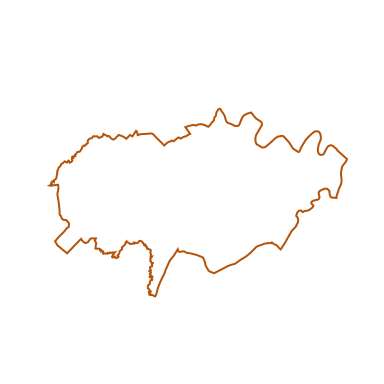 Ba Ria, Bà Rịa - Vũng Tàu, Vietnam, rotated 211°
{"feature_id": "81297802B66449035371360", "entity_name": "Ba Ria", "entity_type": "district", "adm_level": 2, "iso_a3": "VNM", "parent_name": "Vietnam", "parent_adm1": "Bà Rịa - Vũng Tàu", "projection": "robinson", "projection_center": [107.192, 10.508], "detail": "fine", "context": "isolated", "style": "outline", "palette": "amber", "viewbox_px": 384, "rotation_deg": 211, "n_neighbors": 0, "source": "geoboundaries", "source_scale": "gbopen_adm2", "svg_char_len": 5997}
<svg xmlns="http://www.w3.org/2000/svg" viewBox="0 0 384 384"><g transform="rotate(211 192 192)"><path d="M317.4,124.2L316.5,124.5L310.5,129.3L308.2,126.1L306.5,121.3L305.9,120.3L300.0,113.3L295.7,107.5L294.0,104.7L293.3,104.2L292.2,104.0L290.0,102.3L289.0,101.9L287.6,102.1L285.3,103.1L281.9,102.1L280.9,101.3L279.6,98.2L280.3,97.4L280.7,96.3L281.3,91.8L282.8,86.1L284.0,79.3L280.0,77.0L267.5,75.1L263.0,94.7L260.8,93.7L258.9,93.2L257.2,93.4L256.6,93.7L255.4,95.4L255.1,99.3L254.6,100.3L250.5,102.7L250.2,100.2L248.4,99.3L247.7,98.6L245.7,93.8L243.4,94.9L242.5,95.6L241.3,95.5L240.8,95.8L240.6,95.7L240.8,95.2L240.7,94.7L239.6,95.1L239.1,94.2L237.8,95.4L237.6,95.4L236.6,93.5L235.9,93.5L235.6,94.3L233.0,95.3L232.8,96.6L231.5,96.6L231.1,98.0L229.7,98.2L228.9,99.4L228.1,99.5L227.0,100.6L227.4,96.9L227.1,95.1L226.5,95.0L226.1,95.4L225.6,95.6L225.1,96.8L224.0,96.2L222.6,96.5L221.7,98.0L221.6,98.5L221.8,98.9L222.9,98.9L223.2,99.3L222.8,100.1L222.8,102.2L223.0,103.0L223.5,103.6L223.4,104.7L222.5,106.4L222.5,107.0L223.4,107.9L223.2,109.6L222.4,112.1L222.4,113.4L222.9,114.1L222.6,116.0L221.8,115.4L221.2,115.8L219.8,115.9L218.7,115.5L217.1,116.3L216.1,117.7L214.8,118.0L214.8,118.4L215.3,119.0L213.4,119.5L212.6,120.2L211.9,121.3L212.1,122.3L211.9,123.0L211.4,123.3L209.4,123.8L207.9,123.3L207.8,122.9L207.0,122.9L206.5,122.5L206.0,122.4L205.9,122.0L205.6,121.7L205.2,121.9L204.9,122.8L204.5,122.6L203.8,121.5L203.4,121.5L202.9,122.0L202.5,121.9L201.4,120.3L200.9,120.3L200.5,120.7L199.6,120.6L198.4,121.1L197.4,120.9L197.0,120.2L196.4,118.4L194.9,117.4L194.3,115.3L193.8,115.2L193.1,115.9L193.3,112.9L192.3,112.2L192.1,111.3L191.4,111.3L190.3,110.4L189.0,111.0L188.8,110.7L189.1,109.5L188.0,107.9L188.0,107.6L189.2,106.4L189.2,105.9L188.7,105.0L187.4,104.2L186.8,103.5L186.9,103.0L187.8,102.7L188.0,102.4L187.9,102.2L185.8,101.9L185.6,101.3L185.9,100.0L185.3,99.5L184.2,99.5L184.1,98.9L184.7,97.8L184.6,97.4L184.0,97.3L183.7,97.5L182.7,99.0L182.3,99.1L182.1,98.9L182.1,97.3L180.9,96.4L180.9,95.9L181.8,95.4L182.0,95.0L181.6,92.8L180.8,91.4L181.4,89.9L181.4,88.7L180.5,87.0L179.9,86.6L178.9,86.6L177.6,85.9L176.1,85.6L176.1,85.0L177.3,84.5L177.5,84.1L177.0,83.7L176.0,83.7L175.9,83.2L176.2,82.7L175.6,82.0L175.1,82.1L175.0,83.2L174.0,82.6L172.3,83.5L170.9,83.2L170.1,83.7L169.8,83.7L169.9,85.6L171.8,92.2L173.0,99.2L173.7,108.0L174.5,111.7L175.6,120.6L175.6,122.5L174.8,128.2L174.7,135.6L173.2,134.2L171.9,134.2L170.0,135.8L168.3,137.0L165.3,137.1L162.1,138.5L157.2,140.0L152.2,141.1L148.8,141.5L144.7,138.5L143.6,137.1L142.1,135.8L137.7,133.3L136.4,133.0L134.8,133.1L131.2,133.8L123.2,146.8L121.5,149.1L118.2,152.6L114.9,160.0L113.4,162.6L111.9,166.0L110.5,170.2L108.4,178.6L103.0,185.3L100.3,187.4L97.6,189.1L97.5,189.9L94.9,189.5L92.7,189.9L91.4,189.8L88.8,188.9L86.4,188.5L86.1,196.1L86.5,209.7L85.1,216.3L85.2,217.0L85.5,217.5L85.5,220.2L86.4,222.4L87.1,223.4L88.9,224.8L89.7,224.8L90.5,225.3L90.7,227.0L91.1,227.7L91.1,229.9L90.5,231.2L89.0,232.3L88.4,232.3L87.2,231.8L86.4,232.0L85.9,233.5L84.0,235.0L82.5,236.5L81.0,240.1L80.7,242.0L80.8,242.6L81.4,243.1L82.9,243.3L83.9,243.7L84.3,244.4L84.3,245.7L83.1,247.6L80.4,250.1L79.7,251.4L79.7,252.1L80.1,253.3L82.9,256.3L83.2,257.0L83.0,258.7L82.4,259.9L79.9,263.3L77.7,264.4L74.9,263.7L72.2,260.3L70.6,259.2L69.5,259.2L65.1,261.3L65.9,262.7L66.5,264.8L66.8,266.8L67.7,270.3L68.2,275.1L69.1,278.0L71.3,281.2L73.3,283.6L74.1,285.0L76.1,290.1L76.4,292.0L75.7,297.3L75.9,299.6L76.2,300.1L88.8,302.5L90.2,303.3L94.9,304.0L97.1,303.7L98.7,301.8L99.1,299.7L98.7,292.5L99.1,291.4L100.0,290.6L101.2,290.0L102.9,290.0L104.8,291.4L106.5,294.2L107.7,297.6L108.8,303.7L110.4,306.3L112.1,307.9L113.8,308.9L115.3,308.8L117.3,307.7L118.2,306.7L119.3,303.9L120.3,300.2L121.4,295.0L121.4,287.1L120.8,282.0L121.2,281.1L127.6,281.2L134.6,284.6L141.8,286.8L142.9,286.8L143.7,286.5L146.9,283.7L148.2,281.3L150.5,273.4L152.2,268.6L153.8,266.8L155.5,266.1L157.2,266.3L161.1,266.2L162.3,266.9L163.8,268.3L164.8,269.8L165.5,271.0L166.4,274.0L166.5,284.4L166.8,286.1L167.5,286.8L168.3,287.5L169.2,287.8L175.2,288.0L182.2,290.6L184.9,287.8L187.0,284.3L187.3,281.9L187.0,279.3L186.1,274.5L186.3,273.1L186.7,272.3L187.8,271.4L189.4,270.7L192.8,270.5L196.9,269.7L198.6,270.1L199.4,270.5L202.8,273.7L205.5,275.4L208.4,276.5L210.4,277.7L211.1,277.6L211.8,276.7L212.0,275.8L212.1,273.2L210.8,269.3L210.9,268.2L211.2,267.7L211.1,266.9L210.2,265.2L210.1,264.3L210.8,261.8L211.0,259.0L211.1,258.0L211.5,257.5L211.6,256.3L214.3,255.9L215.8,256.0L219.1,254.8L221.4,253.2L222.8,251.0L225.1,250.3L226.4,249.3L229.0,246.7L231.1,244.2L223.5,240.8L224.7,239.1L225.8,236.8L227.7,234.8L229.3,231.9L231.3,232.0L231.8,231.7L233.4,227.6L233.6,226.5L233.9,226.0L236.0,225.7L236.3,224.4L237.7,223.1L238.8,221.0L239.7,217.6L252.3,220.7L254.6,221.4L256.4,221.5L258.3,220.4L261.7,217.8L264.7,215.9L266.7,214.2L267.7,212.8L268.2,213.0L268.6,213.7L269.8,214.9L270.8,215.6L271.4,215.6L271.8,208.9L274.5,209.0L275.7,203.8L279.1,204.1L284.0,203.3L284.3,203.0L284.5,201.5L285.0,200.7L285.1,198.9L286.4,196.5L287.3,196.2L289.1,196.3L291.9,197.2L292.2,197.2L293.3,196.1L295.0,196.4L296.2,196.1L297.8,196.2L297.5,194.7L297.4,193.1L298.2,192.6L299.3,190.5L299.7,190.4L301.4,190.8L302.3,190.8L303.8,189.7L305.2,189.1L305.4,188.6L305.5,186.9L307.1,185.1L307.8,183.4L307.7,182.2L306.6,180.5L306.6,180.2L307.1,179.2L307.0,178.3L307.6,177.8L307.7,176.3L308.9,175.8L309.3,174.1L308.9,173.0L308.9,169.1L309.2,168.5L310.6,167.5L311.0,166.9L310.9,164.9L311.6,163.8L311.4,163.2L310.5,162.7L310.9,162.2L312.4,161.2L312.8,160.3L312.6,159.8L312.2,159.8L311.6,160.2L311.2,160.0L311.9,158.3L311.7,158.0L310.8,157.5L310.8,156.0L311.9,154.2L313.5,155.2L314.1,155.2L314.2,153.1L314.4,152.8L316.5,152.8L317.0,152.6L317.3,150.7L318.4,148.8L318.2,146.1L318.9,144.3L318.3,142.5L318.3,140.6L317.1,138.4L315.5,134.0L315.4,133.4L315.6,132.4L316.3,131.3L316.2,130.6L315.5,129.5L316.7,129.5L317.2,129.3L317.4,127.6L317.1,126.7L316.0,126.7L315.8,126.2L316.8,125.2L317.4,124.2Z" fill="none" stroke="#b45309" stroke-width="2"/></g></svg>